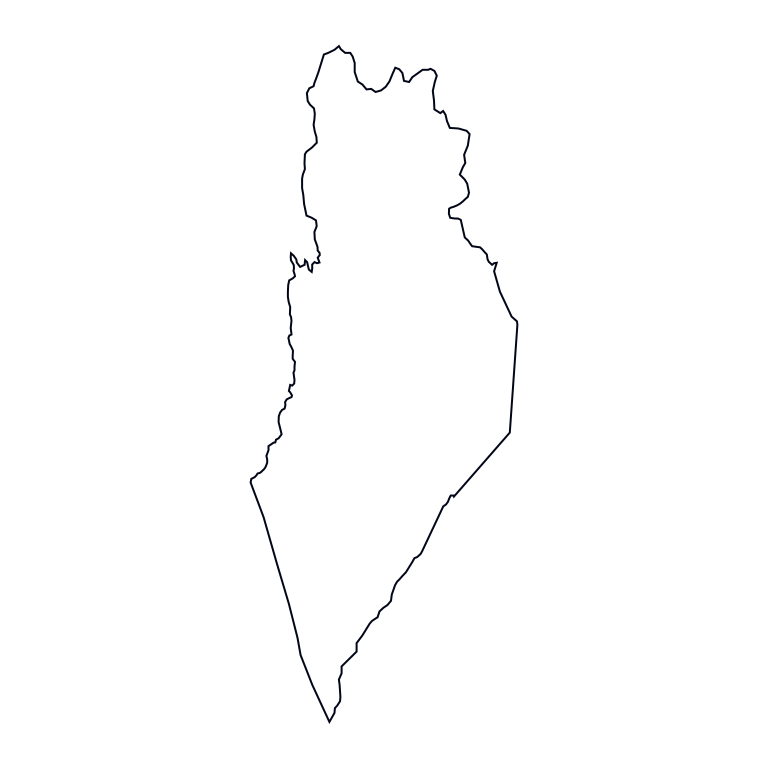 the district of Perlis, Perlis, Malaysia
{"feature_id": "92858781B47939321084685", "entity_name": "Perlis", "entity_type": "district", "adm_level": 2, "iso_a3": "MYS", "parent_name": "Malaysia", "parent_adm1": "Perlis", "projection": "equal_earth", "projection_center": [100.219, 6.488], "detail": "fine", "context": "isolated", "style": "outline", "palette": "ink", "viewbox_px": 768, "rotation_deg": 0, "n_neighbors": 0, "source": "geoboundaries", "source_scale": "gbopen_adm2", "svg_char_len": 3113}
<svg xmlns="http://www.w3.org/2000/svg" viewBox="0 0 768 768"><path d="M496.7,262.8L494.1,263.2L492.1,264.8L488.8,261.8L487.6,259.4L486.8,254.4L484.8,252.3L482.2,249.3L480.0,247.3L476.9,246.9L472.1,246.2L470.4,243.9L468.1,240.5L464.8,237.5L463.3,231.0L460.8,219.9L458.0,218.5L454.7,218.5L450.2,217.8L448.9,213.8L449.1,208.7L450.7,207.7L453.9,206.7L457.2,205.3L460.0,203.7L463.0,201.3L465.8,198.6L467.8,196.9L469.0,192.7L467.2,183.7L464.7,179.5L459.8,174.6L462.9,167.1L465.3,163.0L464.1,154.8L467.8,145.7L469.6,134.1L466.6,130.8L458.5,128.5L449.8,127.9L447.0,121.1L445.5,114.7L443.1,111.0L440.3,113.1L434.4,109.4L434.0,100.5L432.8,91.0L434.8,82.0L436.8,75.7L434.4,70.9L430.5,68.8L428.1,69.8L422.6,69.8L412.3,77.2L409.1,82.0L404.0,80.9L402.4,73.0L399.3,69.3L395.3,67.7L392.9,73.0L389.4,81.5L385.8,86.7L381.1,90.4L375.6,92.0L371.2,88.9L366.5,89.4L362.5,84.6L357.8,81.5L354.7,72.0L354.7,63.0L352.7,56.6L350.3,52.9L345.2,52.9L340.8,49.2L338.9,46.1L334.5,49.8L328.2,52.9L323.9,54.5L318.3,72.5L316.4,77.8L314.4,83.0L313.6,86.2L309.3,88.3L306.9,93.1L307.7,101.0L310.0,104.7L314.0,108.4L314.8,113.7L314.4,119.5L313.6,124.8L314.8,131.6L316.4,136.9L316.8,142.7L312.0,147.5L306.5,151.7L304.9,154.3L304.5,163.3L304.9,169.1L302.9,174.4L302.1,178.6L302.1,188.1L303.3,195.0L304.1,204.0L306.5,215.6L311.6,217.7L316.0,220.4L316.7,226.2L314.4,232.0L314.8,239.4L317.5,246.8L317.7,250.6L319.5,252.7L319.8,255.0L317.7,257.7L319.5,262.5L317.0,263.2L314.5,262.1L312.2,264.5L312.2,268.6L311.7,271.9L308.9,269.6L308.1,266.5L307.1,262.1L305.1,260.1L304.6,264.8L300.1,266.9L296.8,262.5L296.3,259.4L293.7,255.7L291.0,253.3L290.7,257.1L291.0,260.4L293.7,264.8L294.0,268.2L293.5,270.9L294.5,274.0L295.0,276.3L292.7,278.4L289.2,280.4L288.2,285.1L287.9,291.6L287.9,297.0L288.7,302.0L290.2,307.1L289.9,314.5L291.0,316.9L291.5,320.6L290.7,328.1L291.2,331.8L291.5,334.5L289.4,335.5L288.4,337.9L289.7,344.0L291.2,346.7L293.0,350.7L292.7,355.5L292.7,358.8L295.0,361.9L294.5,366.6L294.5,370.3L293.5,372.7L294.0,376.4L294.5,379.8L294.2,383.5L292.2,385.6L290.2,384.9L288.9,391.0L290.2,392.3L292.0,395.4L291.5,397.1L289.2,398.1L286.7,399.4L285.1,402.1L285.4,405.2L284.6,408.6L282.1,409.9L280.1,412.6L278.8,416.3L278.6,422.1L280.3,428.8L281.6,434.3L278.6,438.3L276.0,439.7L275.3,442.4L273.5,442.7L271.5,444.1L268.5,446.1L268.5,450.2L266.4,455.9L267.2,459.6L267.2,462.7L265.7,466.7L264.4,468.8L261.6,471.5L260.1,472.8L257.6,473.5L256.3,475.5L254.6,477.2L251.3,478.9L250.6,482.5L263.6,517.2L277.1,564.3L288.9,603.9L297.5,637.8L300.6,655.1L312.3,684.9L329.4,721.9L334.5,712.9L334.9,708.2L337.3,705.5L340.0,701.3L340.4,697.1L340.0,690.7L339.6,684.9L338.9,679.6L341.6,673.3L341.6,666.4L356.6,651.6L356.6,643.1L362.2,635.7L369.7,623.6L372.0,620.9L377.6,617.2L379.5,611.4L383.5,607.7L387.4,605.1L391.0,600.8L391.8,594.5L395.1,585.1L397.1,581.7L399.4,579.4L402.4,576.0L405.9,572.3L412.0,562.5L414.5,558.1L417.1,557.1L420.6,554.0L422.1,551.3L443.3,506.3L445.9,504.6L447.9,501.9L449.2,498.5L450.7,495.5L453.7,495.5L454.0,496.5L509.8,432.6L517.4,324.7L516.9,321.3L511.6,316.6L499.9,291.6L494.1,271.3L496.7,262.8Z" fill="none" stroke="#020617" stroke-width="2"/></svg>